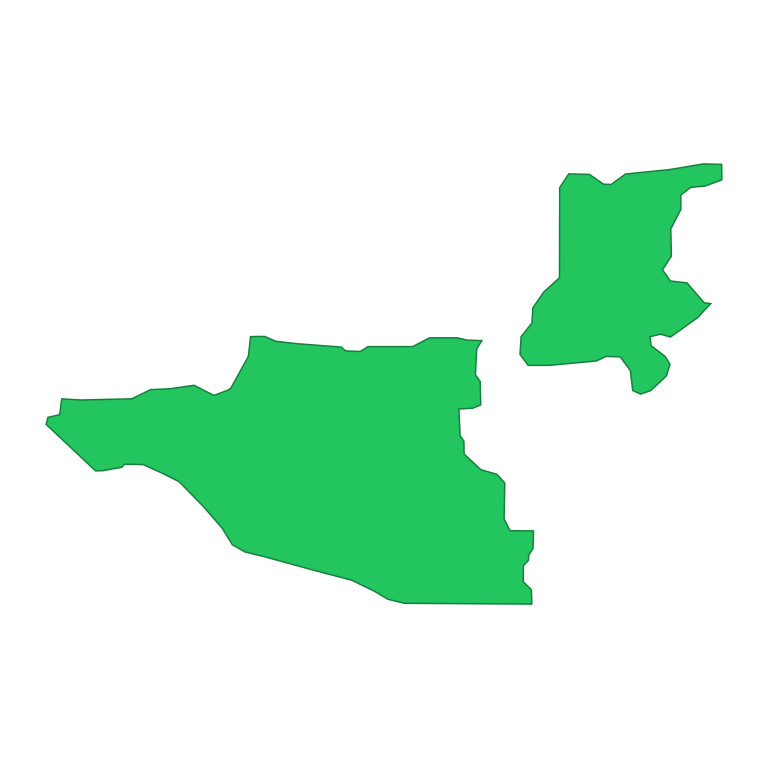 outline of Magaria, Zinder, Niger
{"feature_id": "23599985B72934105448405", "entity_name": "Magaria", "entity_type": "district", "adm_level": 2, "iso_a3": "NER", "parent_name": "Niger", "parent_adm1": "Zinder", "projection": "orthographic", "projection_center": [9.055, 13.224], "detail": "fine", "context": "isolated", "style": "filled", "palette": "green", "viewbox_px": 768, "rotation_deg": 0, "n_neighbors": 0, "source": "geoboundaries", "source_scale": "gbopen_adm2", "svg_char_len": 1482}
<svg xmlns="http://www.w3.org/2000/svg" viewBox="0 0 768 768"><path d="M46.1,424.4L95.6,470.9L102.5,470.7L121.7,467.3L124.6,464.2L143.2,464.6L161.2,472.7L179.0,481.6L203.2,506.3L222.3,528.4L232.4,544.8L245.1,552.0L264.4,556.7L309.1,569.0L327.6,573.9L351.9,580.3L374.3,591.2L388.0,599.3L404.5,603.3L531.8,604.1L531.4,589.6L523.3,581.9L523.4,565.7L528.5,560.3L528.7,555.2L533.0,548.5L533.5,530.9L510.1,530.7L504.1,519.1L504.8,483.0L496.8,474.2L481.0,469.8L464.1,454.1L463.9,441.2L460.1,435.8L459.4,419.6L458.9,409.0L472.9,408.2L480.7,404.9L480.2,381.6L475.4,374.7L476.7,348.9L481.9,340.6L466.9,340.1L457.4,337.8L429.5,337.8L412.7,346.6L368.0,346.6L360.2,351.5L345.4,350.9L341.4,347.1L297.0,343.7L275.9,341.3L264.4,336.4L250.6,336.6L248.3,356.5L230.7,388.4L227.7,390.2L213.9,395.4L194.0,385.3L169.7,388.8L150.6,389.6L131.8,398.8L81.3,400.0L61.7,398.9L59.7,414.6L47.9,417.4L46.1,424.4ZM721.9,179.8L721.6,164.4L703.4,163.9L669.4,169.6L625.5,174.0L611.1,184.5L603.3,184.1L589.5,174.4L568.7,173.9L559.7,187.6L559.5,277.7L543.7,292.1L532.9,307.8L531.9,323.1L521.1,336.6L520.0,354.5L528.2,365.4L548.9,365.4L596.6,360.9L605.9,356.4L620.3,356.9L630.4,370.6L632.7,390.5L640.6,394.1L650.9,390.5L666.4,375.9L670.0,364.4L665.3,356.6L651.1,345.7L650.0,336.7L660.4,334.2L670.5,337.0L697.7,317.6L710.7,303.6L704.2,302.8L687.0,282.9L670.4,281.0L662.5,269.8L671.4,256.1L670.8,228.9L680.9,209.3L680.8,195.0L690.6,187.4L705.3,186.0L721.9,179.8Z" fill="#22c55e" stroke="#15803d" stroke-width="1.5"/></svg>